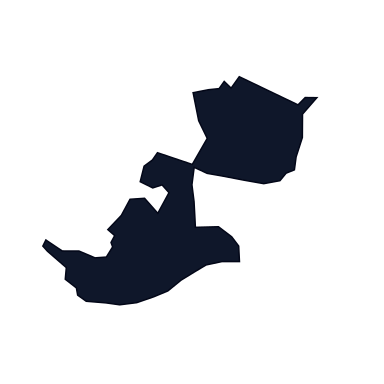 Yazyavan, Ferghana, Uzbekistan, rotated 130°
{"feature_id": "79887680B59640879655565", "entity_name": "Yazyavan", "entity_type": "district", "adm_level": 2, "iso_a3": "UZB", "parent_name": "Uzbekistan", "parent_adm1": "Ferghana", "projection": "orthographic", "projection_center": [71.634, 40.657], "detail": "fine", "context": "isolated", "style": "filled", "palette": "ink", "viewbox_px": 384, "rotation_deg": 130, "n_neighbors": 0, "source": "geoboundaries", "source_scale": "gbopen_adm2", "svg_char_len": 977}
<svg xmlns="http://www.w3.org/2000/svg" viewBox="0 0 384 384"><g transform="rotate(130 192 192)"><path d="M115.2,255.0L133.1,232.7L141.1,214.8L170.7,209.5L184.1,243.7L192.9,242.9L203.0,245.3L217.4,238.3L214.1,224.7L205.8,219.5L207.3,209.2L230.3,204.5L227.3,224.3L237.4,234.8L255.3,231.1L274.9,232.3L275.1,223.2L282.7,221.6L285.1,217.5L296.9,215.8L304.8,224.0L309.9,240.7L320.6,253.5L322.7,273.1L329.3,271.5L330.3,264.6L330.7,239.7L340.3,233.0L339.8,218.9L344.5,213.3L343.7,202.8L332.3,186.7L324.9,174.9L312.3,163.2L296.8,153.9L283.3,146.9L266.5,143.7L252.4,139.0L238.8,134.3L226.0,124.3L214.8,110.9L203.4,121.5L200.8,132.8L201.6,149.4L216.9,166.7L210.3,172.8L198.0,184.3L186.5,196.7L171.7,206.2L168.0,192.4L160.7,179.8L149.2,159.2L139.5,142.4L126.8,131.9L117.1,132.0L109.2,127.8L98.2,134.8L79.3,142.5L61.3,157.4L39.5,157.0L46.9,166.0L57.1,166.8L73.3,229.9L87.3,228.8L86.6,238.4L95.4,237.7L102.9,245.0L115.2,255.0Z" fill="#0f172a" stroke="#020617" stroke-width="1.5"/></g></svg>